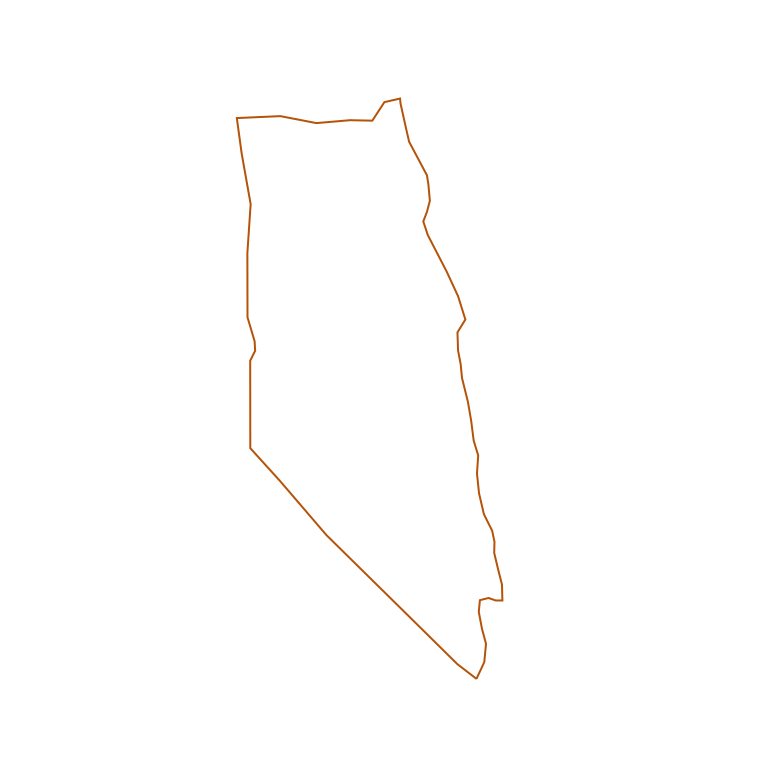 outline of Malå, Västerbotten, Sweden, rotated 62°
{"feature_id": "70781695B10174824853138", "entity_name": "Malå", "entity_type": "district", "adm_level": 2, "iso_a3": "SWE", "parent_name": "Sweden", "parent_adm1": "Västerbotten", "projection": "equal_earth", "projection_center": [18.759, 65.261], "detail": "fine", "context": "isolated", "style": "outline", "palette": "amber", "viewbox_px": 768, "rotation_deg": 62, "n_neighbors": 0, "source": "geoboundaries", "source_scale": "gbopen_adm2", "svg_char_len": 895}
<svg xmlns="http://www.w3.org/2000/svg" viewBox="0 0 768 768"><g transform="rotate(62 384 384)"><path d="M139.5,235.8L135.3,251.3L146.0,270.7L135.1,290.2L121.9,321.2L98.8,349.8L80.1,389.1L113.5,401.4L162.6,417.3L204.3,443.2L261.0,473.2L285.6,478.2L294.2,482.2L300.6,491.2L333.8,508.8L377.9,532.2L420.6,521.4L490.3,505.8L578.1,478.2L665.9,450.7L687.9,440.7L687.6,440.7L683.2,434.7L676.6,426.0L661.3,415.9L646.1,412.4L629.7,407.3L619.9,400.8L622.0,392.2L627.5,387.1L630.7,381.1L616.5,374.0L600.2,370.0L584.9,366.0L575.1,360.5L564.3,357.4L545.8,356.9L525.1,351.4L506.6,343.9L491.4,334.4L476.1,331.4L457.7,324.4L439.2,318.3L415.3,312.3L402.2,306.9L389.2,302.9L372.9,294.9L365.3,281.9L341.4,277.4L314.3,275.9L273.0,275.4L258.9,273.0L252.4,265.5L243.8,257.5L228.6,251.1L219.9,248.1L198.2,248.1L181.9,248.1L168.9,244.6L144.0,237.7L139.5,235.8Z" fill="none" stroke="#b45309" stroke-width="2"/></g></svg>